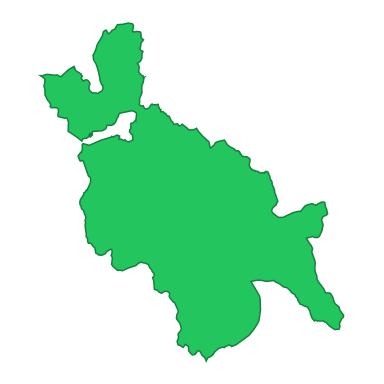 outline of Solok, Sumatera Barat, Indonesia
{"feature_id": "22746128B59065860162276", "entity_name": "Solok", "entity_type": "district", "adm_level": 2, "iso_a3": "IDN", "parent_name": "Indonesia", "parent_adm1": "Sumatera Barat", "projection": "natural_earth1", "projection_center": [100.733, -0.928], "detail": "fine", "context": "isolated", "style": "filled", "palette": "green", "viewbox_px": 384, "rotation_deg": 0, "n_neighbors": 0, "source": "geoboundaries", "source_scale": "gbopen_adm2", "svg_char_len": 5909}
<svg xmlns="http://www.w3.org/2000/svg" viewBox="0 0 384 384"><path d="M74.0,66.4L68.6,69.6L61.1,76.5L59.9,76.5L57.2,74.9L53.7,75.2L48.1,74.4L46.5,74.4L42.8,75.6L40.4,75.6L44.8,78.7L44.9,82.4L43.9,85.9L44.9,89.2L45.0,94.8L47.4,99.9L49.3,102.1L50.8,105.0L50.1,106.6L51.1,107.7L56.6,107.7L58.1,109.0L58.6,109.9L57.8,115.8L58.6,116.7L65.0,118.3L66.6,117.9L67.3,118.6L68.5,122.2L68.1,131.3L77.0,137.2L81.8,141.1L82.8,139.1L84.5,138.4L86.5,138.3L88.1,137.2L89.8,133.7L90.6,133.4L91.0,133.5L91.0,134.0L89.8,136.0L89.9,136.7L90.4,137.0L92.5,134.8L92.1,132.6L92.7,131.5L102.5,130.7L105.8,128.8L107.2,125.2L111.7,125.4L113.1,124.1L113.6,124.4L115.7,122.0L117.3,117.6L118.4,116.6L118.5,115.2L119.5,113.3L131.5,110.8L133.5,111.1L135.1,112.1L136.3,113.0L136.6,114.2L135.9,119.8L135.4,120.2L135.7,121.0L135.2,120.8L132.6,123.1L131.0,123.3L130.6,123.8L130.9,125.5L130.7,128.8L129.8,129.8L129.5,131.9L130.9,133.2L131.0,133.9L132.1,134.4L132.7,135.4L132.4,135.9L133.1,138.9L132.7,139.4L132.9,139.8L131.5,140.8L128.2,141.9L126.3,141.1L125.1,139.7L123.6,140.5L121.1,139.1L119.1,139.3L118.9,137.7L119.6,137.1L119.2,136.6L119.5,136.0L117.0,135.1L113.0,137.0L111.8,136.3L111.4,137.0L100.8,140.3L89.2,145.3L83.1,143.6L82.2,144.8L82.4,148.9L81.7,151.4L80.6,152.6L82.3,152.6L80.7,152.6L78.4,155.3L78.1,156.3L79.8,160.5L80.3,161.1L82.6,160.5L83.2,161.0L88.5,176.2L90.2,177.3L90.6,178.6L90.5,182.4L87.9,188.4L87.0,190.2L86.4,190.0L85.1,192.3L84.0,192.6L83.4,194.9L80.4,199.6L79.8,202.1L80.0,204.7L80.8,205.5L81.5,208.7L83.4,210.3L84.6,214.2L85.3,215.2L85.9,217.8L85.0,220.4L85.6,223.0L85.1,224.3L85.3,227.6L86.2,233.5L86.1,236.7L87.4,238.3L87.8,242.1L88.5,243.2L91.2,243.5L93.3,246.7L94.8,247.5L95.8,253.1L98.4,254.4L98.3,254.8L101.1,255.3L102.5,255.0L105.2,253.7L107.2,251.2L110.7,249.2L111.3,249.4L112.0,250.2L112.0,253.2L111.1,255.4L112.2,257.4L112.3,258.6L111.6,264.4L113.0,266.5L117.5,270.4L120.4,270.2L122.2,270.8L128.2,268.1L135.8,265.6L138.3,263.4L141.1,262.1L142.6,262.8L144.9,263.0L148.4,264.6L149.8,267.9L151.7,269.9L152.2,271.6L154.3,273.9L154.2,275.6L152.6,277.7L153.8,281.1L154.4,289.3L157.4,290.4L159.2,292.2L161.4,293.2L162.3,293.0L164.4,291.3L167.4,291.4L168.3,292.0L169.6,293.3L169.2,296.5L169.9,297.9L173.3,302.1L174.6,302.6L178.1,310.5L178.3,312.1L176.9,314.6L176.4,318.1L176.8,319.3L180.0,323.4L181.3,328.5L180.8,330.6L178.3,333.4L178.1,335.4L178.6,337.3L177.1,341.6L178.0,344.7L178.4,345.1L178.9,344.8L183.2,347.4L185.6,344.3L188.4,346.6L188.7,350.9L191.7,354.6L193.2,355.0L195.2,354.2L197.9,350.7L199.9,351.3L202.2,355.5L204.6,357.3L206.2,361.0L207.9,357.6L210.6,356.6L212.8,354.8L215.1,351.5L218.5,348.5L222.1,347.2L224.4,347.6L225.1,346.7L228.7,345.1L230.4,345.3L231.6,346.6L236.3,344.6L248.8,335.5L253.7,329.6L257.4,323.8L258.9,320.7L259.5,317.1L260.5,309.9L260.1,298.6L259.4,295.7L251.0,281.5L256.9,280.2L260.7,280.2L266.5,281.4L274.1,280.5L275.1,281.7L279.5,283.8L283.4,286.9L287.0,287.7L290.1,290.5L291.5,292.6L295.1,294.8L295.4,296.1L297.6,298.7L297.9,300.5L300.2,304.3L302.1,304.6L303.1,305.5L307.6,307.2L309.9,311.1L310.6,314.5L312.2,318.4L314.5,321.0L315.4,320.2L317.7,321.0L323.3,321.0L324.5,321.9L325.9,322.2L329.7,326.2L334.8,329.6L339.2,329.1L339.9,326.5L339.5,323.3L341.9,318.4L343.1,317.5L343.6,316.5L343.5,315.1L339.8,310.1L339.2,307.1L335.0,303.6L334.2,302.1L332.8,297.3L330.8,293.8L329.6,293.0L325.9,292.9L325.1,292.1L324.1,289.4L317.9,281.0L317.1,279.3L316.7,275.6L315.2,271.8L314.8,268.4L315.2,262.9L314.9,260.7L311.8,252.1L312.6,248.6L311.1,245.3L309.0,242.7L306.4,238.2L312.7,236.5L314.7,237.5L317.4,237.5L318.4,237.2L319.8,235.5L321.9,230.7L323.1,225.1L322.7,223.2L321.6,220.7L322.2,217.8L323.4,216.5L326.6,215.0L327.6,213.7L326.6,209.3L325.3,206.3L324.9,202.6L324.3,202.1L321.8,202.0L317.5,204.1L316.3,205.3L312.1,203.7L307.5,204.8L304.7,206.2L300.6,211.4L298.4,211.3L292.7,212.8L283.0,217.4L278.2,217.3L272.9,213.0L271.8,211.5L271.8,210.0L272.7,207.9L276.2,204.8L276.6,202.9L277.0,202.9L277.8,201.1L274.5,191.7L274.7,190.2L274.1,189.8L273.7,188.1L274.5,188.2L273.5,187.6L272.1,184.2L272.1,182.1L269.9,178.1L269.9,176.4L268.7,174.2L268.7,173.2L267.5,171.7L266.0,171.4L265.7,172.1L264.5,172.2L264.3,173.1L262.4,172.6L260.2,173.1L259.0,172.0L258.2,172.0L257.9,171.4L255.0,171.0L255.0,170.6L251.9,169.7L251.4,168.6L250.7,168.3L249.1,165.3L250.0,160.8L250.0,159.3L249.4,158.3L247.0,156.8L242.4,156.4L241.0,154.2L240.2,154.0L240.3,153.1L239.5,152.4L239.5,151.6L237.9,150.7L236.1,150.8L235.0,150.1L234.8,149.3L229.8,146.7L227.5,144.9L224.4,140.1L217.3,141.7L215.2,143.0L213.9,145.3L210.6,147.9L210.0,147.0L208.9,141.8L203.0,136.5L198.7,131.7L196.5,128.3L193.5,129.9L189.8,129.9L188.5,129.7L187.8,128.6L182.2,124.2L181.7,125.0L179.5,125.8L178.7,125.7L178.4,124.7L177.2,123.7L173.9,124.3L172.5,121.8L171.3,120.9L169.2,116.3L167.2,115.8L165.6,113.4L164.4,113.1L163.0,111.6L160.6,111.7L160.9,109.5L160.3,109.5L159.0,108.3L159.1,107.3L158.4,106.1L158.1,104.4L153.4,104.9L152.6,104.1L151.3,104.3L149.0,108.1L146.0,109.0L144.5,108.7L143.2,105.7L141.1,106.0L139.2,104.6L139.7,102.2L139.5,98.9L142.0,92.6L141.7,87.9L142.0,85.1L143.2,82.6L144.0,77.8L144.5,77.2L143.2,77.7L143.0,75.7L142.1,75.6L140.3,74.1L138.7,71.7L139.2,67.6L138.8,65.3L137.3,63.5L140.5,61.1L141.9,58.3L141.9,54.0L142.9,51.4L141.9,50.7L141.3,50.8L139.7,48.7L140.4,47.7L141.1,42.8L143.5,39.9L141.2,37.9L140.9,33.0L140.2,31.9L136.7,31.4L134.2,32.0L132.5,31.5L133.5,26.2L133.4,25.3L132.5,23.9L128.2,23.0L123.4,24.2L117.4,24.7L114.8,29.1L112.0,30.4L110.0,32.9L108.2,33.7L106.4,30.2L105.2,30.3L103.4,31.7L102.3,36.1L97.3,44.4L95.7,49.9L93.7,54.4L93.1,54.8L93.5,59.5L96.1,64.1L98.0,69.8L99.8,77.9L99.9,80.1L101.7,84.8L102.6,85.2L103.1,88.0L102.1,90.8L97.4,93.5L96.3,93.0L92.1,92.8L89.5,90.3L88.9,88.7L89.2,87.9L88.8,86.7L90.0,83.9L89.3,82.1L87.9,80.4L86.5,79.8L85.0,80.0L83.5,81.0L82.7,80.4L81.4,78.5L81.6,76.7L82.2,76.4L81.2,74.1L75.7,70.6L74.9,68.5L74.0,67.9L74.5,67.6L74.0,66.4Z" fill="#22c55e" stroke="#15803d" stroke-width="1.5"/></svg>